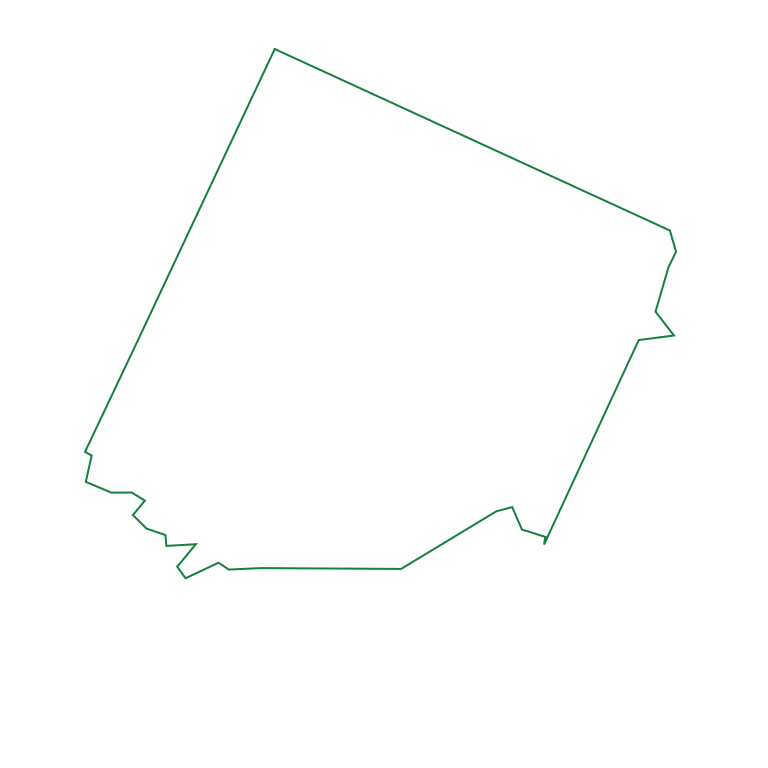 the district of Upshur, Texas, United States of America, rotated 25°
{"feature_id": "52423323B81614927564615", "entity_name": "Upshur", "entity_type": "district", "adm_level": 2, "iso_a3": "USA", "parent_name": "United States of America", "parent_adm1": "Texas", "projection": "equal_earth", "projection_center": [-94.917, 32.71], "detail": "fine", "context": "isolated", "style": "outline", "palette": "green", "viewbox_px": 768, "rotation_deg": 25, "n_neighbors": 0, "source": "geoboundaries", "source_scale": "gbopen_adm2", "svg_char_len": 561}
<svg xmlns="http://www.w3.org/2000/svg" viewBox="0 0 768 768"><g transform="rotate(25 384 384)"><path d="M596.9,461.9L596.4,273.2L596.3,236.5L626.3,217.5L599.5,203.7L592.5,158.0L592.8,140.7L578.3,124.1L143.4,126.6L142.5,450.2L141.7,571.9L149.3,572.4L155.1,598.7L182.7,597.7L201.2,589.0L216.6,590.7L211.8,608.9L229.8,615.4L249.7,613.3L255.2,622.7L281.2,608.7L273.8,636.9L286.2,643.9L309.5,616.0L309.8,615.9L321.7,617.8L350.6,602.7L477.6,544.4L539.7,451.8L552.2,441.4L570.5,457.6L594.9,454.4L596.9,461.9Z" fill="none" stroke="#15803d" stroke-width="2"/></g></svg>